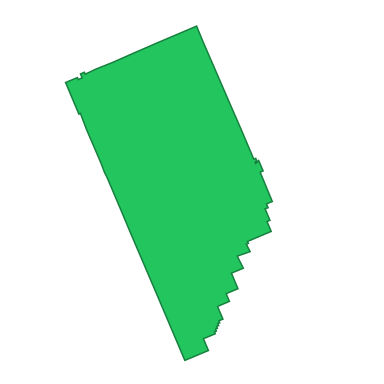 Kern, California, United States of America (Natural Earth projection), rotated 247°
{"feature_id": "52423323B19833942519787", "entity_name": "Kern", "entity_type": "district", "adm_level": 2, "iso_a3": "USA", "parent_name": "United States of America", "parent_adm1": "California", "projection": "natural_earth1", "projection_center": [-118.972, 35.294], "detail": "fine", "context": "isolated", "style": "filled", "palette": "green", "viewbox_px": 384, "rotation_deg": 247, "n_neighbors": 0, "source": "geoboundaries", "source_scale": "gbopen_adm2", "svg_char_len": 1004}
<svg xmlns="http://www.w3.org/2000/svg" viewBox="0 0 384 384"><g transform="rotate(247 192 192)"><path d="M342.2,118.4L307.8,118.3L308.0,120.0L297.9,119.6L290.9,119.3L275.8,119.4L254.5,119.5L244.0,119.1L239.0,119.5L204.0,119.5L174.5,119.4L117.3,119.6L39.8,119.6L39.7,145.2L52.5,145.2L52.4,158.0L54.5,158.1L54.4,160.0L56.5,160.1L56.6,162.1L58.7,162.1L58.6,164.3L60.9,164.3L60.7,166.4L62.9,166.5L62.9,170.8L72.8,170.8L76.7,170.8L76.7,183.7L85.1,183.7L85.0,196.5L101.9,196.6L101.8,209.5L113.2,208.7L115.3,208.7L114.4,222.2L122.7,221.6L122.7,223.8L124.8,223.8L124.8,249.5L128.4,249.5L135.5,249.5L135.5,252.7L148.0,252.7L147.8,255.9L151.9,255.9L151.9,262.2L183.6,262.5L183.6,265.7L194.9,265.7L193.3,261.7L194.8,261.7L195.3,263.8L198.1,263.8L198.1,261.7L229.7,261.7L260.6,261.4L326.0,260.9L338.7,261.0L342.9,261.1L342.9,220.8L342.7,194.9L342.3,169.1L342.7,152.5L342.2,139.7L344.3,139.7L344.3,135.5L340.0,135.5L340.0,131.2L342.1,131.2L342.2,118.4Z" fill="#22c55e" stroke="#15803d" stroke-width="1.5"/></g></svg>